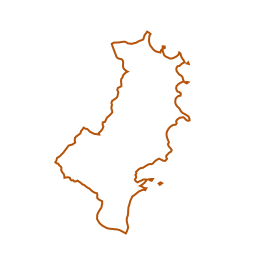 the district of Porto Alegre, Rio Grande do Sul, Brazil, rotated 221°
{"feature_id": "56859067B13821039974926", "entity_name": "Porto Alegre", "entity_type": "district", "adm_level": 2, "iso_a3": "BRA", "parent_name": "Brazil", "parent_adm1": "Rio Grande do Sul", "projection": "albers", "projection_center": [-51.167, -30.1], "detail": "fine", "context": "isolated", "style": "outline", "palette": "amber", "viewbox_px": 256, "rotation_deg": 221, "n_neighbors": 0, "source": "geoboundaries", "source_scale": "gbopen_adm2", "svg_char_len": 4211}
<svg xmlns="http://www.w3.org/2000/svg" viewBox="0 0 256 256"><g transform="rotate(221 128 128)"><path d="M161.9,58.9L160.6,56.3L160.4,54.5L158.6,54.5L157.3,55.3L155.5,54.7L153.3,54.8L151.9,54.1L150.9,52.4L148.4,51.4L146.3,51.1L144.6,50.0L143.3,48.7L142.1,50.3L140.9,51.5L139.1,52.3L137.6,51.3L136.2,51.4L135.2,52.6L133.5,52.4L132.1,53.8L131.6,55.2L129.7,55.4L127.5,55.7L125.5,55.5L124.0,56.2L121.5,56.3L119.7,56.4L117.1,57.0L115.0,56.8L113.4,56.9L111.6,57.1L109.8,57.7L108.6,58.4L107.1,57.3L106.3,56.0L105.1,54.9L102.9,54.9L99.4,55.8L98.1,54.3L96.8,52.0L95.8,50.4L95.7,48.5L95.2,45.4L94.7,43.6L94.2,42.2L93.1,40.9L91.8,39.1L89.2,38.2L87.4,37.6L84.9,37.4L82.3,37.7L79.1,38.4L77.3,39.0L74.9,40.6L71.3,43.1L69.9,44.2L67.4,45.4L64.8,46.1L62.3,46.6L60.5,47.0L60.9,48.7L61.8,51.2L62.8,53.3L65.0,54.8L66.9,56.1L69.0,58.1L69.8,59.4L70.7,61.7L72.1,63.9L73.6,65.7L75.7,68.6L76.9,71.4L78.4,74.4L79.0,76.4L79.9,79.4L79.3,80.9L79.0,82.5L78.6,84.7L78.1,87.4L76.9,89.9L75.8,91.6L74.2,92.4L74.7,94.6L75.9,93.6L77.4,93.1L79.1,92.9L80.9,92.3L80.0,95.1L79.6,97.8L79.7,99.9L79.8,101.4L81.6,100.2L82.8,98.9L83.4,97.2L84.4,95.2L85.1,93.2L87.5,93.0L89.0,93.6L89.3,95.9L90.4,97.0L91.7,97.5L91.8,99.1L93.1,100.1L93.0,101.7L92.9,103.7L92.1,106.0L90.6,107.8L89.8,110.6L88.9,113.4L87.8,115.3L86.4,116.2L85.9,117.9L86.0,119.8L85.5,122.5L84.4,125.3L81.8,126.0L79.9,126.4L78.3,127.7L78.3,130.3L79.9,131.0L81.0,132.3L80.8,133.8L80.8,136.3L80.0,138.2L80.5,140.0L81.9,140.5L83.8,140.7L85.4,141.0L87.3,142.0L87.6,143.9L89.1,144.8L90.7,145.5L92.0,146.3L93.6,147.3L95.5,149.4L96.3,151.1L96.9,154.2L96.9,156.4L96.6,157.9L95.8,160.1L94.2,161.8L94.4,163.6L96.0,164.5L96.4,166.1L96.2,167.7L95.7,169.6L94.4,171.2L93.3,172.4L91.8,172.6L89.9,172.2L87.7,172.6L86.5,174.1L87.7,175.3L88.9,175.9L90.3,176.4L92.1,176.1L94.6,175.7L96.6,175.2L98.8,175.3L100.5,175.9L101.9,176.4L103.4,176.5L105.1,176.6L106.7,176.9L108.8,178.0L110.3,179.8L111.3,181.5L111.3,183.1L111.0,185.1L109.6,186.9L110.9,188.8L113.0,188.7L114.5,188.0L116.0,188.4L117.7,189.5L118.8,191.3L118.8,193.6L118.3,196.0L117.4,197.8L116.8,200.0L118.9,201.2L120.5,202.3L122.9,202.4L124.3,202.0L125.8,202.2L127.5,202.6L129.0,203.1L130.1,204.1L130.9,205.2L131.1,207.1L129.9,208.6L129.5,212.2L128.3,214.7L130.5,215.6L132.2,216.0L134.1,216.6L135.7,217.5L137.2,218.6L138.9,218.6L138.0,216.5L138.3,214.1L139.2,211.7L140.2,209.6L141.8,208.0L143.9,207.4L146.2,206.7L148.3,206.6L149.6,207.3L151.0,208.1L152.5,209.0L153.8,210.5L154.1,208.6L153.1,206.2L155.6,204.9L157.1,204.1L158.7,203.9L160.6,203.9L162.0,204.2L163.6,204.5L165.1,204.8L166.3,205.3L167.7,206.2L169.6,207.8L171.0,209.8L172.4,211.8L172.6,213.7L174.2,213.7L176.8,213.3L176.5,211.0L176.4,209.0L175.4,206.7L174.6,204.9L175.4,203.0L176.4,201.6L177.1,199.8L177.9,197.5L179.3,195.7L180.3,194.0L181.9,193.0L183.6,191.8L185.6,191.5L186.9,191.1L188.1,190.0L189.3,188.7L190.2,187.5L191.8,185.8L193.0,184.7L194.7,183.2L195.5,180.9L193.5,179.6L186.5,175.9L185.3,175.2L183.2,174.1L181.4,174.0L179.3,174.9L177.9,175.7L176.2,175.5L174.7,174.4L173.6,172.9L172.3,171.4L170.7,170.1L169.2,169.9L166.9,169.9L165.3,170.3L165.9,168.8L166.3,166.4L166.2,164.3L165.3,162.6L165.2,160.5L163.9,158.7L161.7,156.6L160.5,155.3L161.0,153.6L161.9,151.8L161.2,149.8L159.7,149.1L158.5,148.4L157.9,146.9L156.8,145.3L156.4,143.3L156.9,141.5L157.3,139.7L157.8,138.3L157.1,136.2L155.1,134.8L154.3,132.9L152.8,131.5L151.4,130.7L150.1,129.5L150.1,127.6L150.1,125.8L150.5,123.6L150.6,121.6L150.1,120.0L149.4,117.4L150.7,115.7L149.2,113.7L147.5,113.0L146.5,110.1L146.5,107.7L146.7,105.0L145.4,104.2L146.6,103.4L147.9,102.6L149.4,101.5L151.3,101.0L152.8,100.6L154.4,100.2L156.7,100.5L158.4,100.4L159.6,99.5L161.7,99.2L161.4,96.6L161.4,94.8L160.4,92.7L160.9,90.0L161.5,87.9L161.5,85.7L160.1,83.7L158.3,82.4L158.7,80.7L159.2,78.9L160.4,77.3L161.2,75.9L161.2,74.0L161.0,72.2L160.8,69.2L160.6,67.2L160.8,64.6L160.9,62.6L161.1,61.0L161.9,58.9ZM77.2,104.6L78.7,102.7L76.7,103.1L75.5,103.7L75.8,105.8L77.2,104.6ZM153.8,210.5L152.8,212.7L153.9,213.6L155.4,212.4L153.8,210.5ZM67.9,108.2L68.4,106.2L66.7,106.0L66.1,108.7L67.9,108.2ZM113.9,201.4L114.9,199.8L112.9,200.2L112.5,202.1L113.9,201.4ZM125.8,215.4L124.2,216.2L125.7,217.0L125.8,215.4Z" fill="none" stroke="#b45309" stroke-width="2"/></g></svg>